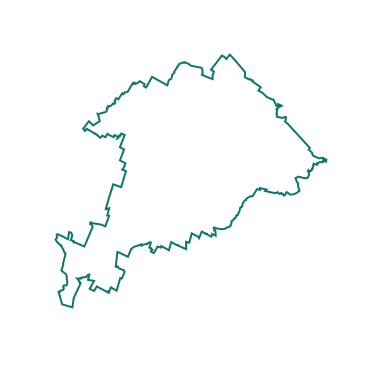 Aguascalientes, Aguascalientes, Mexico (Equal Earth projection), rotated 195°
{"feature_id": "50627088B6632860871958", "entity_name": "Aguascalientes", "entity_type": "district", "adm_level": 2, "iso_a3": "MEX", "parent_name": "Mexico", "parent_adm1": "Aguascalientes", "projection": "equal_earth", "projection_center": [-102.284, 21.849], "detail": "fine", "context": "isolated", "style": "outline", "palette": "teal", "viewbox_px": 384, "rotation_deg": 195, "n_neighbors": 0, "source": "geoboundaries", "source_scale": "gbopen_adm2", "svg_char_len": 5994}
<svg xmlns="http://www.w3.org/2000/svg" viewBox="0 0 384 384"><g transform="rotate(195 192 192)"><path d="M90.7,218.1L88.5,221.0L90.7,224.5L91.4,225.9L91.5,227.6L93.4,228.9L95.6,232.3L93.1,234.4L87.3,234.4L84.2,235.2L83.4,238.2L83.7,240.3L85.0,241.8L85.4,242.0L85.2,243.2L84.3,242.6L84.2,242.6L84.2,242.8L83.8,242.8L83.7,242.5L83.2,243.0L82.9,242.8L82.6,243.2L82.5,243.8L82.0,244.5L82.1,244.9L81.8,244.9L81.7,245.2L81.9,245.6L81.6,245.8L81.6,246.1L81.6,246.7L81.8,246.8L81.7,247.3L81.8,247.7L81.5,248.2L81.9,249.1L81.9,249.9L81.5,250.5L81.6,250.8L79.1,250.5L78.8,251.4L78.2,251.0L77.9,251.7L78.2,252.4L76.3,253.9L73.4,254.7L73.6,256.7L72.9,256.7L72.9,256.4L70.5,255.9L70.5,257.9L71.0,258.1L72.7,258.3L74.1,258.9L74.4,258.9L76.4,258.2L77.9,257.4L82.0,258.0L83.6,258.1L84.8,258.7L85.1,259.4L86.5,261.2L90.2,263.1L89.5,264.9L89.5,265.0L116.9,282.5L118.8,283.3L118.8,283.5L120.4,284.2L120.2,286.4L120.5,287.6L120.6,288.3L120.8,288.7L122.1,288.3L122.8,287.6L124.3,286.8L129.6,286.7L129.7,288.0L130.4,288.8L130.1,289.7L130.8,290.4L130.7,292.1L131.3,293.0L131.8,293.4L131.9,293.7L131.8,294.2L130.7,294.8L130.8,296.5L129.7,296.6L129.6,297.4L128.7,297.5L127.7,298.5L130.0,299.0L131.7,299.1L131.4,298.2L131.0,297.4L131.7,297.0L132.3,296.8L133.2,297.3L134.5,299.2L136.5,301.3L136.9,302.2L139.6,302.3L144.6,303.2L146.9,304.6L149.5,305.9L150.0,306.3L151.4,306.5L154.1,307.1L152.8,311.0L162.4,314.5L162.2,315.3L163.3,315.6L165.2,316.0L165.5,315.4L170.6,316.5L171.8,321.5L184.3,330.3L191.1,334.4L193.3,329.4L195.0,330.5L198.4,331.6L202.6,321.4L205.3,315.0L201.9,314.0L202.3,309.8L201.3,306.4L208.2,307.1L212.8,307.8L212.6,308.9L212.7,310.2L213.4,312.3L214.8,314.4L226.2,313.7L227.3,314.5L229.1,315.0L231.1,315.1L232.4,315.7L233.2,314.5L234.3,314.9L236.1,313.3L237.0,312.7L237.4,312.6L237.7,312.0L237.7,311.7L238.4,309.8L238.2,309.8L240.4,303.3L239.9,302.8L241.6,299.5L241.2,299.0L241.4,295.9L243.4,293.9L243.4,288.7L260.4,292.9L262.3,284.9L263.4,281.1L265.8,281.7L265.7,283.9L271.2,285.5L272.7,283.3L274.7,281.8L275.5,282.7L276.3,282.0L276.5,281.5L277.2,282.1L278.7,277.3L279.9,272.6L280.8,271.6L282.7,270.9L283.6,268.7L284.9,269.3L287.1,262.6L287.7,263.1L289.3,262.5L289.6,262.8L290.4,259.8L289.4,258.9L289.2,258.4L289.4,257.4L290.0,257.5L290.6,257.0L290.8,256.7L291.4,256.9L291.7,255.9L292.5,254.4L293.8,253.5L294.9,253.4L294.7,253.1L294.7,251.9L295.2,251.9L295.9,251.6L295.9,250.7L295.3,248.8L295.9,247.1L296.2,246.8L296.8,246.4L297.6,246.5L297.7,246.8L297.7,246.0L302.2,243.3L303.4,243.2L302.0,241.1L299.4,236.6L304.8,230.7L309.1,233.3L309.2,233.2L310.0,233.5L313.5,225.0L311.5,223.3L311.1,224.0L310.7,223.9L310.2,225.9L309.0,225.4L306.9,225.0L300.6,223.0L300.5,223.4L297.9,222.3L298.0,222.2L297.2,221.7L294.5,220.7L293.3,223.2L292.9,223.0L292.0,223.0L289.8,222.5L288.8,226.3L285.4,225.3L281.9,224.7L281.6,226.9L277.8,226.1L277.9,224.5L277.0,225.4L276.8,228.1L275.6,227.9L275.4,230.2L271.8,229.6L273.2,216.6L268.6,215.5L269.8,203.9L263.7,202.5L264.2,197.8L265.2,195.6L261.2,195.1L261.7,178.3L270.1,179.1L270.7,163.8L270.9,153.0L270.7,153.0L267.8,154.9L267.8,147.4L265.9,147.5L266.8,136.4L271.4,137.0L278.6,136.2L282.2,136.4L282.3,134.8L280.5,134.4L279.0,132.7L279.8,126.0L281.9,111.5L292.9,113.2L293.0,113.0L293.3,113.6L293.5,113.7L293.8,113.3L294.1,113.4L294.2,114.1L296.6,114.1L296.4,119.0L298.1,121.5L300.4,121.4L299.5,114.3L308.4,116.2L311.2,116.4L311.7,115.2L310.5,113.3L311.5,110.8L309.8,109.1L304.0,105.7L304.0,105.8L300.3,101.7L299.2,100.1L298.9,100.3L298.6,100.2L298.1,99.4L298.0,88.9L297.5,88.2L297.9,82.4L292.3,79.9L290.9,77.6L290.8,76.1L289.7,74.4L289.3,73.5L289.2,72.2L288.8,71.1L288.8,70.1L289.5,69.0L291.3,68.8L291.7,68.2L291.9,67.3L291.9,66.8L291.7,66.5L291.4,66.5L291.0,66.0L290.8,65.0L291.0,64.6L291.4,64.2L291.6,63.6L292.6,63.3L293.2,62.8L293.8,62.4L293.8,62.0L294.1,61.8L294.0,61.1L294.1,60.9L294.5,60.7L294.9,61.1L295.1,60.9L293.7,58.9L288.4,49.9L277.7,49.6L278.8,59.1L276.0,74.7L276.9,75.2L276.5,75.6L280.6,78.7L278.6,79.1L277.5,80.1L277.3,79.5L276.6,79.7L276.3,80.0L276.1,80.7L274.9,81.5L274.3,81.6L273.3,82.4L272.7,82.3L272.4,82.6L271.9,82.8L271.4,84.5L270.1,85.5L269.5,86.6L269.7,85.8L269.7,80.3L263.6,80.8L265.8,72.0L260.9,71.1L259.5,76.1L247.6,73.4L247.6,73.7L247.1,73.7L247.0,74.3L246.8,74.2L246.9,73.3L246.3,73.1L245.7,78.9L239.3,77.2L239.0,90.3L237.5,90.2L237.3,90.7L236.4,97.5L237.7,98.8L243.1,99.3L244.2,100.6L245.1,100.2L245.2,100.7L246.4,100.3L248.5,114.8L247.5,114.8L237.1,112.8L236.0,121.2L233.8,124.0L227.3,128.3L226.8,127.1L225.5,128.4L224.0,129.2L223.7,129.6L223.3,129.5L222.4,130.0L221.8,130.0L221.6,130.2L221.5,131.0L220.4,132.1L219.8,132.5L218.8,132.7L218.6,132.1L218.9,127.3L216.9,127.1L217.0,126.3L215.3,126.0L216.2,123.8L213.1,123.1L211.1,130.4L207.6,130.3L207.6,131.8L199.2,129.8L199.2,138.2L192.2,136.7L191.7,137.0L191.6,136.6L190.2,136.4L182.9,135.3L184.8,142.4L182.4,142.2L182.4,142.6L181.5,142.6L181.5,152.0L174.4,150.3L173.3,149.2L172.3,156.4L169.9,155.8L169.8,155.6L168.7,155.6L168.2,155.0L167.4,155.4L166.6,155.5L166.4,154.9L163.0,154.3L161.8,153.9L161.0,156.4L161.3,156.7L161.0,156.7L160.7,156.4L158.5,156.2L157.9,156.0L158.7,158.7L159.5,161.0L160.3,161.0L160.7,160.8L160.9,162.6L161.7,162.8L161.6,163.4L156.6,163.4L154.5,163.6L151.7,164.5L150.5,165.1L149.7,166.0L149.4,166.6L148.6,166.9L146.7,168.3L146.1,169.2L146.3,169.2L146.0,171.5L145.9,173.4L146.3,173.9L145.9,174.6L145.7,174.7L145.0,175.7L144.5,176.1L144.3,177.6L143.4,178.3L143.1,178.7L142.9,179.7L143.2,180.4L143.1,181.0L142.0,181.4L141.2,186.0L141.3,189.4L140.5,190.5L140.2,190.3L139.8,191.0L139.7,191.5L140.1,194.1L139.2,196.7L138.8,197.5L138.3,198.2L137.9,198.2L137.7,198.4L137.9,199.0L137.0,200.5L134.2,203.2L132.9,203.4L132.3,204.0L129.9,211.6L126.8,211.7L127.4,213.4L120.7,213.6L121.6,211.9L111.8,212.3L111.6,212.2L111.1,212.8L110.0,213.1L109.2,214.0L108.6,213.5L107.3,212.8L105.7,214.1L105.2,214.1L104.9,213.7L104.8,213.3L103.3,213.5L102.6,212.5L102.2,212.3L101.5,213.0L100.5,216.4L99.9,216.3L96.3,214.8L93.1,216.3L90.7,218.1Z" fill="none" stroke="#0f766e" stroke-width="2"/></g></svg>